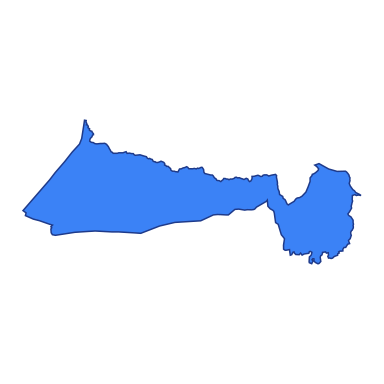 the district of Maçambará, Rio Grande do Sul, Brazil
{"feature_id": "56859067B60830385241918", "entity_name": "Maçambará", "entity_type": "district", "adm_level": 2, "iso_a3": "BRA", "parent_name": "Brazil", "parent_adm1": "Rio Grande do Sul", "projection": "albers", "projection_center": [-55.63, -29.047], "detail": "fine", "context": "isolated", "style": "filled", "palette": "blue", "viewbox_px": 384, "rotation_deg": 0, "n_neighbors": 0, "source": "geoboundaries", "source_scale": "gbopen_adm2", "svg_char_len": 4307}
<svg xmlns="http://www.w3.org/2000/svg" viewBox="0 0 384 384"><path d="M283.6,249.2L284.8,250.1L285.8,250.3L289.5,249.6L289.8,252.0L290.3,255.2L291.7,254.7L293.0,252.2L294.0,251.9L294.4,253.1L295.8,254.5L299.2,254.7L300.6,253.1L302.1,255.1L304.1,254.0L305.9,253.7L308.8,253.3L309.4,251.6L310.4,251.4L311.9,252.3L311.4,254.6L310.9,255.5L309.4,256.9L309.1,261.7L309.3,262.7L311.7,263.7L313.0,261.2L312.0,259.7L312.8,258.7L313.9,258.8L314.0,261.1L315.4,262.5L318.0,263.8L319.1,263.4L320.8,261.5L320.2,257.2L320.8,255.6L321.8,255.1L322.4,253.7L322.5,252.4L325.5,251.9L326.4,253.1L328.2,252.7L328.5,255.2L327.8,256.3L328.5,258.1L329.6,258.0L331.1,258.5L332.6,258.1L334.0,256.7L335.7,255.9L337.6,255.3L337.8,253.6L339.2,253.0L338.7,251.8L340.1,251.1L341.9,251.1L342.9,250.9L342.8,249.4L344.0,247.5L345.7,247.4L346.3,246.4L347.7,244.2L349.6,243.6L348.8,241.5L348.5,240.4L350.2,238.7L350.9,236.5L351.3,235.2L350.8,234.2L350.7,232.3L351.4,230.8L352.3,230.0L352.7,229.0L353.3,227.9L353.3,226.4L353.1,225.3L353.5,224.2L353.1,222.6L353.1,220.2L350.9,216.8L349.2,215.8L348.4,215.0L347.9,213.9L349.5,211.8L351.6,208.1L351.2,206.2L351.7,204.4L352.0,202.9L352.6,201.0L352.2,199.7L352.4,195.5L354.9,194.6L356.3,195.5L358.4,195.0L361.0,195.5L359.7,194.5L355.7,192.5L354.5,190.8L352.8,189.6L350.2,185.9L349.2,183.4L350.0,180.7L349.8,179.4L350.0,177.8L349.3,176.6L349.0,175.1L347.9,173.5L346.6,172.0L345.5,171.2L337.1,171.4L328.7,169.0L319.0,163.6L314.8,165.1L316.8,166.6L318.6,168.8L318.1,170.4L316.0,172.3L315.1,173.0L313.4,174.0L312.3,174.3L311.9,175.7L310.1,177.9L310.1,181.4L308.1,186.9L305.9,192.1L302.0,196.2L299.6,197.6L297.2,198.0L295.9,198.9L294.9,200.2L294.2,201.3L290.5,203.5L288.3,204.9L287.0,203.9L285.6,200.7L285.0,199.6L283.2,198.4L282.7,196.4L281.2,195.5L279.6,194.5L279.1,191.3L278.2,189.4L277.8,188.1L277.8,186.2L277.3,184.3L277.5,183.3L277.3,181.6L276.4,177.0L276.6,175.6L275.5,174.4L271.3,175.2L268.8,176.0L266.8,174.9L264.3,174.9L263.1,175.2L262.2,176.3L260.7,176.5L258.5,175.4L257.6,175.3L254.1,176.3L252.0,176.4L252.1,177.7L251.9,179.1L250.8,181.0L249.5,181.6L248.4,180.3L247.8,179.0L246.2,178.3L244.0,179.5L242.6,178.9L241.2,178.5L239.3,177.7L237.6,177.9L236.3,177.2L235.1,177.4L234.2,178.3L232.2,179.1L230.4,179.0L229.0,179.7L227.9,179.1L226.3,179.0L225.2,178.5L223.7,178.5L223.2,179.5L221.5,180.9L220.8,181.6L219.1,180.6L218.1,180.6L216.8,180.3L215.9,178.7L214.5,177.9L213.1,175.7L212.3,175.0L210.7,175.0L204.8,173.5L203.9,172.2L203.6,169.5L202.2,167.4L201.2,167.3L198.7,168.5L197.7,168.1L196.2,168.9L194.3,168.4L192.5,168.8L188.8,168.7L187.8,167.4L186.7,166.7L184.4,167.7L183.1,167.9L181.4,168.8L179.5,169.0L177.9,172.0L176.9,171.8L175.3,171.6L174.4,171.2L172.4,171.2L170.8,170.0L170.6,168.6L168.0,166.3L166.5,166.4L165.8,165.4L164.6,165.1L164.7,163.5L163.7,162.3L161.0,161.2L159.6,161.9L157.7,162.5L155.9,162.4L155.1,161.7L154.1,161.7L152.9,160.9L152.3,159.5L150.6,159.0L149.7,158.4L148.8,158.8L147.4,158.3L146.4,156.7L144.6,156.2L143.5,155.9L141.6,155.3L140.0,154.8L135.2,155.3L134.1,154.7L133.3,153.6L131.6,153.6L129.5,153.1L127.1,153.4L126.1,151.7L124.8,152.1L122.9,152.8L120.7,152.8L118.8,152.8L117.3,153.3L116.1,153.3L113.2,153.3L112.3,152.3L111.0,151.7L110.4,150.3L109.6,149.1L108.3,146.5L107.2,145.2L106.6,144.3L104.7,143.3L102.0,143.5L100.2,143.5L96.9,143.9L94.8,143.6L93.4,142.6L91.3,142.3L89.7,141.2L89.9,139.4L90.7,138.0L91.9,136.9L92.6,135.0L93.5,134.7L93.4,133.6L92.3,132.5L91.9,131.3L90.3,130.8L89.3,129.9L89.6,128.8L88.0,127.7L88.3,126.3L87.4,124.9L86.4,124.8L86.8,123.5L86.0,122.0L86.2,120.5L84.5,120.2L83.9,124.4L81.7,138.5L79.5,144.1L72.1,152.2L64.7,161.6L55.2,172.6L49.6,179.9L23.0,210.6L26.1,212.9L25.4,215.6L33.3,219.1L39.5,220.7L49.2,224.1L52.5,225.1L50.9,226.8L51.7,227.8L50.9,229.0L51.2,232.8L52.4,234.7L55.4,235.3L74.9,232.3L88.5,231.4L90.4,231.3L92.1,231.2L95.1,231.0L100.7,231.3L111.7,231.9L118.4,231.9L134.9,232.9L140.8,233.3L159.6,226.0L174.9,222.4L200.7,220.8L204.2,219.2L213.4,214.9L217.4,214.5L220.8,214.6L225.9,214.9L228.4,214.9L234.9,209.4L238.7,209.1L244.7,210.1L247.2,209.7L251.7,209.8L253.8,209.5L254.8,209.0L256.5,207.1L266.3,201.4L267.3,200.1L267.9,206.3L270.2,208.8L272.9,210.3L273.8,211.3L274.3,213.2L275.6,222.6L278.2,224.3L281.3,234.7L283.1,236.9L283.8,237.8L284.5,238.7L283.5,245.2L283.6,249.2Z" fill="#3b82f6" stroke="#1e3a8a" stroke-width="1.5"/></svg>